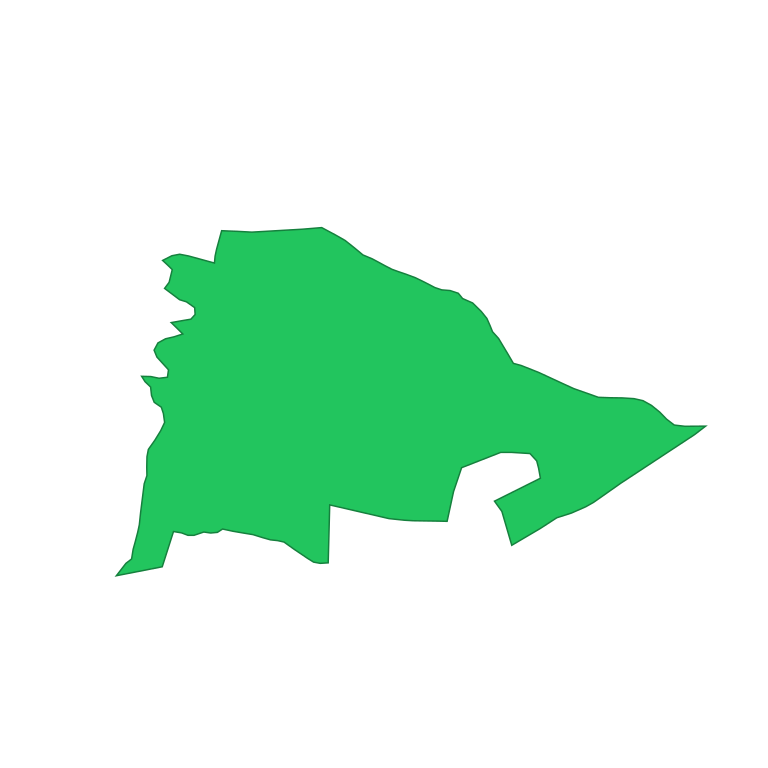 the district of Dagoretti, Nairobi, Kenya, rotated 347°
{"feature_id": "3690345B98870582025559", "entity_name": "Dagoretti", "entity_type": "district", "adm_level": 2, "iso_a3": "KEN", "parent_name": "Kenya", "parent_adm1": "Nairobi", "projection": "orthographic", "projection_center": [36.712, -1.281], "detail": "fine", "context": "isolated", "style": "filled", "palette": "green", "viewbox_px": 768, "rotation_deg": 347, "n_neighbors": 0, "source": "geoboundaries", "source_scale": "gbopen_adm2", "svg_char_len": 1920}
<svg xmlns="http://www.w3.org/2000/svg" viewBox="0 0 768 768"><g transform="rotate(347 384 384)"><path d="M378.4,235.4L370.5,228.1L358.5,217.6L339.2,214.8L289.4,206.3L275.2,202.2L266.7,199.9L260.3,198.1L251.2,215.0L248.2,221.4L246.0,228.0L222.4,215.3L214.1,211.6L206.2,211.3L196.1,213.8L200.1,219.7L203.4,224.9L197.5,236.6L191.7,241.5L203.8,255.9L210.0,259.5L216.7,267.0L215.6,273.8L210.4,277.4L202.1,276.9L190.5,276.3L193.9,281.6L199.2,290.0L189.8,290.8L181.3,290.8L173.0,293.1L167.6,299.3L168.8,306.7L177.2,321.7L174.5,328.7L166.1,327.8L158.5,324.3L149.6,322.0L151.7,328.0L155.9,334.4L154.9,342.9L156.0,350.2L161.8,356.5L162.4,363.1L161.6,372.1L155.9,379.3L148.1,387.2L139.7,394.7L136.7,401.5L134.1,411.8L132.4,419.9L127.9,427.3L120.9,446.4L117.9,454.6L113.9,466.2L110.7,473.0L106.0,482.0L102.4,488.6L98.7,497.7L92.2,500.7L80.1,510.6L126.8,512.2L145.7,480.4L153.2,483.5L158.9,487.3L164.8,488.7L175.1,487.7L181.6,490.2L188.3,491.1L194.1,489.0L203.7,493.5L213.7,497.7L222.5,501.3L231.2,506.4L238.3,510.3L245.2,512.7L251.0,515.5L259.4,525.0L270.2,536.6L275.3,541.7L281.5,544.4L289.4,545.7L303.9,489.6L358.6,516.3L373.5,521.4L381.7,523.8L406.0,529.8L414.6,532.0L427.6,504.4L440.8,483.0L482.3,476.9L492.8,479.3L510.6,484.6L515.5,493.3L515.7,500.7L515.2,511.0L465.3,523.0L470.2,534.7L472.2,569.9L503.6,560.0L522.3,553.2L537.7,551.9L553.0,549.0L561.5,546.5L592.5,533.9L675.2,503.2L687.9,497.4L667.7,492.9L657.6,489.3L651.4,481.8L646.4,473.5L639.8,465.0L632.6,458.5L624.3,454.5L613.2,451.2L601.4,448.3L589.9,445.2L567.9,431.2L558.4,423.9L537.3,407.5L521.8,396.8L514.7,393.0L511.8,383.7L508.5,373.5L505.9,365.4L501.5,357.5L500.5,351.1L499.0,343.3L495.1,335.2L488.6,325.0L479.8,318.4L476.8,312.3L469.4,307.8L461.5,305.3L455.3,301.5L446.5,294.0L438.6,287.6L430.0,281.9L422.9,277.5L417.5,274.0L411.6,269.0L406.3,264.3L400.8,259.5L392.5,253.5L386.5,245.6L378.4,235.4Z" fill="#22c55e" stroke="#15803d" stroke-width="1.5"/></g></svg>